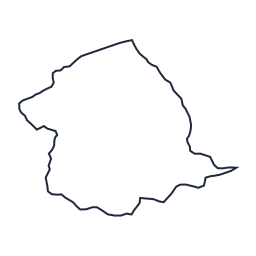 the district of Itirapuã, São Paulo, Brazil, rotated 92°
{"feature_id": "56859067B37772155606082", "entity_name": "Itirapuã", "entity_type": "district", "adm_level": 2, "iso_a3": "BRA", "parent_name": "Brazil", "parent_adm1": "São Paulo", "projection": "natural_earth1", "projection_center": [-47.165, -20.649], "detail": "fine", "context": "isolated", "style": "outline", "palette": "slate", "viewbox_px": 256, "rotation_deg": 92, "n_neighbors": 0, "source": "geoboundaries", "source_scale": "gbopen_adm2", "svg_char_len": 1525}
<svg xmlns="http://www.w3.org/2000/svg" viewBox="0 0 256 256"><g transform="rotate(92 128 128)"><path d="M163.9,18.4L163.8,22.7L164.0,26.5L165.0,31.9L165.0,37.0L161.8,40.7L154.0,44.9L152.5,50.0L151.1,54.9L151.4,60.4L148.7,65.0L144.2,65.6L140.2,68.0L136.7,68.7L133.6,66.7L129.7,65.7L126.5,65.2L122.6,65.1L114.7,66.9L106.9,71.1L103.5,74.0L96.7,75.8L92.8,79.9L88.9,83.8L85.0,85.4L81.1,87.4L78.3,92.5L73.2,96.7L69.7,99.2L65.8,101.5L64.0,106.5L61.5,110.1L58.5,112.0L56.2,115.3L53.1,119.1L48.3,122.6L43.9,125.1L40.0,127.1L41.9,134.6L43.7,140.4L56.2,173.0L57.8,177.1L61.2,181.3L64.6,184.7L68.4,188.5L69.3,194.0L72.8,197.4L73.4,202.2L75.9,205.1L80.7,205.0L85.2,203.8L89.3,205.8L91.7,210.6L94.0,214.6L96.2,217.6L97.7,221.3L100.3,224.7L102.0,228.9L104.1,234.1L107.3,237.6L112.9,237.2L116.3,235.3L119.4,231.4L123.9,229.1L126.7,225.6L132.8,219.0L129.0,212.1L131.4,208.6L133.6,200.3L137.4,198.5L140.1,200.6L143.8,201.2L148.1,201.2L152.8,203.3L156.3,206.2L161.3,203.8L168.5,206.0L172.0,204.7L180.4,208.5L188.8,206.6L194.1,205.8L196.8,201.9L197.1,196.7L196.7,192.2L199.8,188.2L204.0,180.5L207.9,176.7L211.1,173.0L210.7,167.0L208.4,160.7L208.3,156.2L211.1,151.3L215.0,145.1L216.0,138.2L215.7,131.8L213.6,126.4L214.3,121.5L209.7,118.9L206.7,116.7L202.7,113.8L197.5,113.4L197.8,108.2L198.0,103.8L198.2,100.0L200.3,94.2L200.9,89.8L192.2,82.4L185.0,77.8L182.8,74.0L182.5,68.2L184.1,60.4L185.3,55.6L182.8,50.0L174.9,48.7L173.3,43.8L172.7,40.1L171.5,34.7L170.1,30.9L167.1,23.2L163.9,18.4Z" fill="none" stroke="#1e293b" stroke-width="2"/></g></svg>